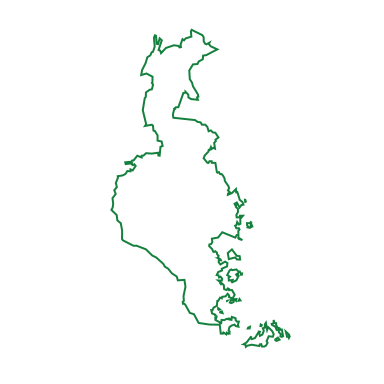 Pesawaran, Lampung, Indonesia, rotated 354°
{"feature_id": "22746128B94381737455512", "entity_name": "Pesawaran", "entity_type": "district", "adm_level": 2, "iso_a3": "IDN", "parent_name": "Indonesia", "parent_adm1": "Lampung", "projection": "natural_earth1", "projection_center": [105.16, -5.482], "detail": "fine", "context": "isolated", "style": "outline", "palette": "green", "viewbox_px": 384, "rotation_deg": 354, "n_neighbors": 0, "source": "geoboundaries", "source_scale": "gbopen_adm2", "svg_char_len": 6115}
<svg xmlns="http://www.w3.org/2000/svg" viewBox="0 0 384 384"><g transform="rotate(354 192 192)"><path d="M224.0,140.5L221.4,135.5L218.9,134.9L217.2,132.7L214.9,133.3L214.0,128.7L212.1,126.4L208.9,126.1L207.9,123.7L204.8,122.8L202.6,120.8L181.2,116.2L181.1,113.0L182.7,108.4L183.7,107.7L183.2,107.2L184.8,106.1L187.3,106.2L193.8,92.6L195.9,92.6L196.0,91.6L198.5,94.9L198.3,97.5L200.8,99.5L207.5,100.9L206.9,98.4L208.3,97.9L208.1,95.6L204.0,86.9L203.5,83.4L201.6,79.5L202.0,70.9L206.3,65.2L210.8,65.3L212.3,62.9L216.6,61.1L217.3,57.5L220.4,57.4L232.1,52.8L225.8,49.0L224.2,46.6L225.0,45.3L221.9,46.6L220.6,46.0L219.4,43.4L219.8,39.4L218.8,37.2L208.6,30.7L207.7,32.1L207.6,37.4L201.7,38.6L199.9,40.3L198.5,39.0L196.0,44.4L196.2,46.7L194.7,46.9L193.8,45.3L189.4,44.2L181.2,46.0L175.7,50.7L175.2,48.2L173.6,47.3L177.8,38.0L175.9,35.8L173.7,41.4L172.5,41.0L172.5,32.8L171.5,32.3L170.3,34.6L170.1,43.5L168.0,48.2L168.5,48.3L166.5,48.8L164.8,51.8L161.7,53.3L159.3,59.0L155.1,65.5L153.7,70.4L159.1,69.4L164.8,73.2L164.1,78.8L163.5,79.3L164.5,81.2L162.8,85.7L160.5,85.9L156.6,88.2L156.0,92.6L154.8,93.8L151.6,105.5L153.5,119.8L152.2,121.4L159.0,120.9L160.1,121.9L160.1,126.9L161.4,127.4L163.7,132.1L163.1,137.3L167.1,138.6L167.6,143.2L165.4,143.7L163.6,152.5L162.4,152.2L162.3,149.4L156.0,149.6L150.4,148.6L147.6,150.7L145.7,150.7L145.5,152.4L141.4,150.2L137.2,154.5L135.9,154.4L135.0,155.5L128.7,155.5L129.0,157.3L135.3,157.2L135.0,158.2L136.0,159.2L135.5,159.5L137.5,158.4L138.7,160.2L135.3,164.3L133.2,163.1L133.0,165.0L129.9,164.4L127.7,167.1L124.7,168.3L119.8,168.5L119.9,169.9L117.2,175.1L117.8,179.3L114.9,182.1L115.9,186.0L112.3,189.8L112.4,195.4L111.5,199.1L110.0,201.4L114.7,207.1L114.8,212.5L117.9,215.6L118.5,223.1L117.5,231.6L118.3,232.9L128.1,239.3L131.2,239.6L140.2,244.2L145.9,251.1L149.5,253.3L156.0,260.5L157.1,263.3L160.3,265.8L163.4,270.7L168.0,274.5L168.7,278.4L175.3,278.6L175.6,285.5L172.7,294.6L172.5,299.4L171.3,300.3L171.3,302.2L172.5,302.2L173.6,303.5L177.2,312.0L181.2,313.8L184.9,322.9L195.3,325.6L205.7,326.9L205.8,335.8L208.1,336.1L208.7,335.7L207.9,334.4L211.2,337.2L211.9,335.6L213.2,336.8L213.9,336.0L214.5,336.5L214.8,334.5L213.9,333.7L215.1,330.3L217.3,329.0L220.4,328.3L221.5,329.9L224.1,330.8L223.8,328.8L225.0,325.8L223.1,325.6L222.0,324.0L222.2,322.1L218.6,320.4L217.9,323.3L216.6,323.0L216.2,321.8L215.5,321.7L215.6,322.6L213.1,321.8L210.8,322.8L208.0,322.3L207.3,325.6L206.2,325.5L205.9,324.4L201.9,321.7L202.0,320.0L202.6,320.4L203.5,318.3L202.1,317.2L202.3,316.4L199.3,314.9L198.8,311.5L200.0,311.7L201.4,309.2L204.8,307.8L205.8,303.0L206.7,303.0L208.9,300.0L210.5,300.9L211.1,299.4L214.5,299.3L216.8,296.9L218.1,298.8L217.8,300.4L220.4,301.7L219.6,303.5L220.3,303.5L223.7,298.6L221.6,293.8L218.6,293.4L217.8,294.0L218.7,292.4L217.6,291.6L215.9,293.1L213.8,291.9L213.9,288.0L212.4,286.3L211.2,286.8L210.8,286.1L212.1,286.0L208.8,282.7L212.4,283.2L213.0,281.6L211.6,279.2L210.0,279.8L209.7,277.7L207.9,277.2L209.7,274.3L213.6,273.2L213.6,271.4L219.0,269.7L219.8,266.4L217.6,264.7L211.9,267.4L212.5,266.8L211.2,264.6L211.5,262.6L213.6,263.0L213.3,261.9L211.0,260.5L211.6,260.5L210.9,259.7L211.8,258.3L210.5,256.6L210.4,254.8L208.9,253.3L207.5,254.0L206.9,253.5L206.0,250.8L203.4,247.6L203.8,246.0L205.7,245.7L207.0,243.9L206.9,240.5L213.2,240.0L217.9,235.2L230.3,241.9L231.9,239.6L233.6,240.3L234.0,235.6L235.3,234.3L234.9,232.9L232.4,232.8L231.4,230.0L232.7,229.5L233.8,226.6L235.3,229.3L236.8,228.7L237.2,223.8L240.2,220.9L237.2,220.6L236.8,222.2L233.8,221.9L233.7,219.5L235.6,216.8L235.9,213.6L234.1,211.4L234.9,208.2L233.7,209.7L233.1,208.2L235.5,207.1L237.7,212.4L239.7,210.1L241.8,210.0L241.1,207.2L238.7,204.9L236.9,195.9L236.6,197.1L235.9,197.0L236.0,193.7L231.7,197.2L227.4,198.5L227.7,197.3L229.7,196.3L227.9,194.1L229.3,192.1L229.0,190.4L225.8,184.3L225.8,182.0L224.7,179.2L223.3,177.2L221.9,177.2L220.8,175.0L219.4,175.5L218.8,174.8L218.3,165.5L214.7,165.0L214.8,163.5L212.6,163.2L211.4,164.8L210.4,164.6L207.1,159.6L208.5,157.0L212.6,153.5L213.0,151.9L214.1,152.0L215.5,149.3L216.0,151.3L217.7,150.3L219.4,151.3L219.2,145.4L221.0,143.9L220.8,142.4L224.0,140.5ZM252.3,337.1L251.8,329.8L250.7,331.2L250.1,334.6L248.2,334.9L248.9,337.6L247.1,341.1L244.5,342.2L244.1,339.8L244.9,338.1L244.0,337.7L239.4,343.8L236.0,344.6L235.2,343.7L235.9,341.7L230.5,347.4L227.4,348.8L229.0,349.2L229.4,351.6L230.6,350.7L235.3,350.1L242.8,352.2L243.5,350.6L245.0,350.6L245.3,352.9L247.6,353.3L249.5,352.5L251.4,349.9L250.6,348.2L253.2,343.5L257.3,344.4L258.4,341.9L257.3,338.9L254.2,334.9L253.7,334.4L252.3,337.1ZM223.8,273.9L223.0,273.1L221.3,273.8L218.3,278.3L220.9,280.2L219.5,281.0L219.4,283.9L223.1,283.7L222.1,285.5L222.5,286.0L226.9,284.5L229.7,280.1L229.3,279.1L227.8,279.7L227.3,278.6L232.0,276.1L230.0,276.1L228.1,273.7L223.8,273.9ZM225.7,253.3L221.2,256.4L221.6,262.6L228.2,261.6L229.6,263.8L232.8,264.2L232.7,260.8L229.8,260.1L225.7,253.3ZM260.4,330.9L259.8,327.8L259.5,331.0L257.4,331.5L257.6,332.5L260.7,334.6L261.8,338.1L263.8,337.9L263.7,340.5L265.5,342.8L264.8,344.8L266.1,345.5L267.5,344.9L267.0,338.2L265.6,338.3L265.0,336.7L262.9,335.8L261.8,333.2L262.0,331.3L260.4,330.9ZM247.8,228.7L247.3,228.1L246.3,229.1L243.4,228.7L243.3,231.0L244.2,232.2L243.6,233.0L245.8,233.7L248.4,232.6L248.2,231.5L246.8,231.6L247.8,228.7ZM274.0,346.0L273.6,344.0L270.7,340.6L271.4,345.9L272.6,345.5L273.1,347.3L274.0,346.0ZM222.6,303.5L219.3,303.9L218.1,305.9L219.4,306.6L221.7,305.9L222.6,303.5ZM262.2,345.8L259.4,347.3L259.4,348.2L260.5,348.9L263.6,348.0L262.2,345.8ZM209.2,313.8L207.6,314.0L207.4,314.7L209.7,315.6L209.2,313.8ZM237.1,245.1L232.8,241.8L233.6,243.5L237.1,245.1ZM235.5,332.1L233.6,332.8L233.2,333.6L235.1,333.7L235.5,332.1ZM228.8,304.9L228.0,303.4L227.0,305.0L228.8,304.9ZM225.0,303.1L222.9,303.0L224.4,304.8L225.0,303.1ZM205.9,310.2L205.7,311.3L206.1,311.9L207.4,311.6L205.9,310.2ZM244.5,207.2L244.2,205.4L243.9,205.3L243.9,207.4L244.5,207.2ZM232.2,278.0L232.1,279.4L232.9,279.5L233.3,278.2L232.2,278.0ZM246.5,330.9L246.1,332.4L247.0,332.5L247.5,331.6L246.5,330.9ZM215.2,304.2L215.6,303.9L214.7,304.0L215.2,304.2Z" fill="none" stroke="#15803d" stroke-width="2"/></g></svg>